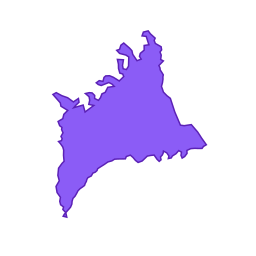 Tucunduva, Rio Grande do Sul, Brazil, rotated 101°
{"feature_id": "56859067B60578081820335", "entity_name": "Tucunduva", "entity_type": "district", "adm_level": 2, "iso_a3": "BRA", "parent_name": "Brazil", "parent_adm1": "Rio Grande do Sul", "projection": "equal_earth", "projection_center": [-54.433, -27.632], "detail": "fine", "context": "isolated", "style": "filled", "palette": "violet", "viewbox_px": 256, "rotation_deg": 101, "n_neighbors": 0, "source": "geoboundaries", "source_scale": "gbopen_adm2", "svg_char_len": 2476}
<svg xmlns="http://www.w3.org/2000/svg" viewBox="0 0 256 256"><g transform="rotate(101 128 128)"><path d="M129.5,47.9L123.8,53.9L118.7,58.8L112.6,66.5L113.9,70.2L115.0,73.3L115.2,77.1L103.4,85.1L90.8,92.1L88.9,95.9L86.0,100.1L83.1,101.7L80.8,103.1L77.0,102.8L73.3,103.0L71.2,103.5L69.1,103.5L67.2,105.2L64.8,107.5L62.8,108.1L60.8,109.6L55.4,106.1L54.5,109.0L50.1,109.3L47.3,111.1L44.9,109.9L41.9,111.0L39.8,117.3L37.1,119.0L34.6,118.5L31.3,124.0L28.8,126.7L30.9,131.2L34.9,131.8L34.6,127.6L42.3,123.4L43.9,127.9L48.5,127.0L52.4,130.2L55.5,130.4L57.9,128.2L60.2,132.0L54.8,137.4L51.4,138.9L49.3,141.7L45.4,148.4L48.1,150.8L52.4,151.3L53.9,153.9L56.4,150.5L56.8,144.0L58.1,140.8L67.2,139.3L70.9,140.7L70.8,144.0L67.7,145.3L61.9,145.5L62.7,151.5L67.1,149.6L71.3,148.7L75.7,146.5L76.0,143.5L78.3,142.0L83.5,145.6L81.0,152.1L80.2,156.1L81.1,159.8L82.9,161.2L87.0,161.5L87.0,165.3L89.7,167.8L91.0,165.5L91.4,162.4L87.0,155.5L88.0,152.0L89.8,149.5L91.9,155.6L97.4,157.2L99.4,160.1L103.5,160.8L106.5,162.3L105.4,166.4L102.4,166.9L100.4,169.9L100.7,172.8L102.3,176.4L104.7,172.2L108.0,170.9L112.3,171.0L112.4,165.9L120.5,173.2L114.0,176.4L118.4,185.1L115.4,183.4L112.1,181.0L108.5,182.3L112.8,186.6L109.8,193.0L108.9,199.1L107.0,205.2L109.4,208.1L116.2,199.3L119.4,198.0L122.2,190.5L126.8,193.6L131.3,193.8L134.9,197.9L138.8,195.5L140.0,193.0L142.2,192.9L145.1,190.9L149.1,192.2L151.0,190.6L153.1,190.9L154.5,193.6L156.2,191.4L159.1,188.4L162.1,186.9L167.1,186.1L172.9,184.4L175.3,186.0L180.7,188.5L187.9,187.8L192.9,185.4L199.1,187.5L204.9,185.3L208.9,181.1L213.0,181.0L216.2,179.5L217.8,176.2L220.4,176.4L223.0,172.9L220.8,171.7L218.7,170.4L216.7,169.3L213.4,168.6L210.6,168.9L207.6,168.6L205.1,167.0L201.9,165.9L199.1,165.1L196.6,163.4L194.7,161.5L192.7,159.7L190.5,159.4L188.4,158.7L186.3,158.6L184.4,157.9L182.1,154.9L179.0,153.9L177.6,151.7L175.7,150.3L173.7,150.0L171.1,147.3L168.0,144.0L165.2,141.3L163.3,137.5L161.2,135.3L160.3,131.9L159.6,128.5L158.8,124.7L156.3,124.2L154.2,120.5L156.0,117.4L158.4,114.5L159.9,111.5L157.7,107.8L151.9,103.7L150.6,100.5L149.6,97.2L153.2,93.5L154.8,91.0L152.9,89.5L150.2,90.6L148.0,89.2L146.0,88.7L143.9,88.8L145.0,85.2L147.7,82.5L150.3,82.6L149.1,79.8L147.0,79.1L144.1,76.0L140.5,73.9L141.5,70.9L144.7,70.8L147.2,69.1L145.2,66.9L141.7,65.2L138.8,65.9L136.3,62.5L135.2,58.5L134.6,54.6L133.9,51.4L131.7,50.4L129.5,47.9ZM223.0,172.9L224.8,174.1L227.0,174.8L227.2,171.1L223.0,172.9Z" fill="#8b5cf6" stroke="#5b21b6" stroke-width="1.5"/></g></svg>